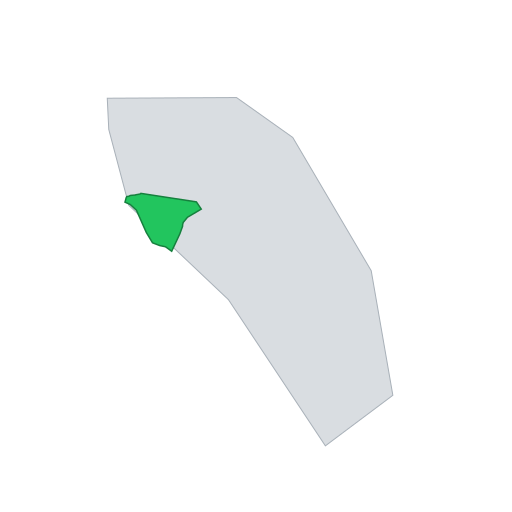 Dominica, with Saint Peter highlighted, rotated 338°
{"feature_id": "DMA-1441", "entity_name": "Saint Peter", "entity_type": "Parish", "adm_level": 1, "iso_a3": "DMA", "parent_name": "Dominica", "parent_adm1": "", "projection": "robinson", "projection_center": [-61.46, 15.5], "detail": "fine", "context": "in_parent", "style": "filled", "palette": "green", "viewbox_px": 512, "rotation_deg": 338, "n_neighbors": 0, "source": "natural_earth", "source_scale": "10m", "svg_char_len": 699}
<svg xmlns="http://www.w3.org/2000/svg" viewBox="0 0 512 512"><g transform="rotate(338 256 256)"><path d="M330.7,436.4L249.2,458.0L214.1,286.2L157.1,161.5L166.9,83.5L177.2,54.0L297.3,101.8L334.5,159.9L357.3,312.8L330.7,436.4Z" fill="#d9dde1" stroke="#a8b0b8" stroke-width="1"/><path d="M179.6,220.0L175.5,213.5L170.7,210.3L165.0,205.0L163.1,193.0L162.3,168.8L158.7,161.2L154.7,157.0L157.5,153.3L157.9,152.9L158.5,152.5L160.5,153.0L161.0,153.0L161.8,152.8L162.6,152.9L167.1,154.3L167.5,154.2L171.2,155.0L171.9,155.1L172.4,155.0L172.7,154.8L221.0,183.5L222.8,192.0L207.0,194.4L201.1,197.6L199.8,199.3L199.0,201.0L193.7,206.9L179.6,220.0Z" fill="#22c55e" stroke="#15803d" stroke-width="1.5"/></g></svg>